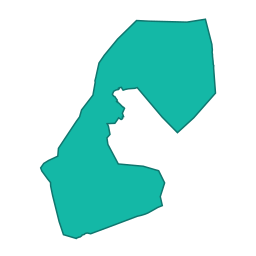 San Andrés Sinaxtla, Oaxaca, Mexico (Equal Earth projection), rotated 266°
{"feature_id": "50627088B95640219067046", "entity_name": "San Andrés Sinaxtla", "entity_type": "district", "adm_level": 2, "iso_a3": "MEX", "parent_name": "Mexico", "parent_adm1": "Oaxaca", "projection": "equal_earth", "projection_center": [-97.298, 17.485], "detail": "fine", "context": "isolated", "style": "filled", "palette": "teal", "viewbox_px": 256, "rotation_deg": 266, "n_neighbors": 0, "source": "geoboundaries", "source_scale": "gbopen_adm2", "svg_char_len": 1526}
<svg xmlns="http://www.w3.org/2000/svg" viewBox="0 0 256 256"><g transform="rotate(266 128 128)"><path d="M138.2,76.9L112.6,57.2L104.8,56.0L101.1,46.4L98.5,41.5L94.3,38.1L91.0,39.1L82.6,44.4L79.0,46.9L75.5,46.8L65.9,48.1L39.3,52.8L26.1,56.2L21.4,68.7L21.9,69.2L22.0,70.2L22.3,70.5L22.6,71.5L22.6,72.5L23.7,74.3L24.3,74.6L24.6,75.4L24.8,76.7L25.0,77.1L25.4,77.4L25.9,78.6L26.1,80.0L25.1,83.4L26.1,86.7L33.5,111.7L39.3,131.0L40.0,135.3L40.9,139.1L41.9,142.1L46.7,152.2L48.2,156.8L57.3,155.4L70.7,160.7L83.2,155.6L88.8,140.5L92.8,115.8L113.0,106.8L119.6,106.3L122.9,109.6L131.1,108.6L133.8,107.5L133.6,115.2L135.1,116.5L138.8,119.4L137.0,121.7L137.1,122.4L138.2,123.4L139.2,123.1L139.6,124.4L143.1,123.4L147.9,125.9L149.1,124.9L149.1,124.4L153.2,120.9L154.7,119.0L155.1,119.3L155.4,118.5L156.6,119.2L158.3,118.1L160.3,117.0L160.7,115.9L161.4,115.6L161.8,115.2L162.8,114.8L165.4,116.2L166.0,116.9L166.9,119.2L167.0,121.0L167.7,121.9L168.3,121.3L168.8,122.3L169.0,124.2L166.2,125.6L166.1,125.8L166.7,128.1L167.1,131.2L167.1,135.5L167.1,137.6L167.7,140.0L136.4,162.9L119.9,177.0L133.6,194.3L156.7,217.7L181.6,217.6L183.0,217.7L184.3,217.9L185.4,217.5L189.1,217.5L190.9,217.4L193.8,217.3L195.4,217.4L197.7,217.2L200.0,217.6L202.4,217.5L202.9,217.5L205.5,217.5L231.1,212.8L229.5,194.2L231.5,173.3L233.1,156.5L234.6,144.0L217.5,123.9L202.3,109.5L195.0,103.7L194.5,103.5L191.8,102.7L182.7,100.0L181.5,99.7L177.3,98.3L176.0,98.5L163.2,95.3L149.2,82.9L142.5,80.5L138.2,76.9Z" fill="#14b8a6" stroke="#0f766e" stroke-width="1.5"/></g></svg>